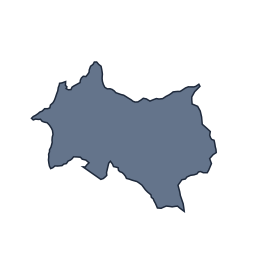 Princesa Isabel, Paraíba, Brazil, rotated 296°
{"feature_id": "56859067B23626144557012", "entity_name": "Princesa Isabel", "entity_type": "district", "adm_level": 2, "iso_a3": "BRA", "parent_name": "Brazil", "parent_adm1": "Paraíba", "projection": "mercator", "projection_center": [-38.007, -7.646], "detail": "fine", "context": "isolated", "style": "filled", "palette": "slate", "viewbox_px": 256, "rotation_deg": 296, "n_neighbors": 0, "source": "geoboundaries", "source_scale": "gbopen_adm2", "svg_char_len": 2475}
<svg xmlns="http://www.w3.org/2000/svg" viewBox="0 0 256 256"><g transform="rotate(296 128 128)"><path d="M94.4,37.0L93.7,39.3L95.5,41.0L96.4,43.7L97.5,45.5L96.4,47.8L96.6,50.1L97.3,53.1L96.1,56.2L94.3,59.2L92.7,61.2L89.4,63.4L86.6,63.9L83.8,65.0L81.8,66.2L77.2,67.1L74.0,67.0L72.1,67.9L69.7,68.1L67.4,69.4L64.4,70.5L61.8,72.2L59.4,74.0L57.6,76.3L59.3,77.8L61.9,79.0L63.0,81.5L65.3,85.2L67.4,86.1L69.0,88.2L72.1,88.7L73.9,90.3L75.9,91.2L78.2,91.7L79.5,94.5L80.9,98.1L79.9,100.5L80.7,104.2L79.6,108.2L76.6,107.1L74.3,106.7L73.3,104.6L69.9,126.1L71.8,128.0L73.8,128.9L76.1,129.7L78.6,128.2L87.9,126.1L90.4,126.7L88.9,129.7L87.0,131.9L87.5,134.0L88.0,136.5L85.8,138.0L85.2,139.8L85.4,142.3L84.7,144.5L83.5,146.9L82.0,148.7L82.6,151.7L82.9,154.5L83.8,159.6L83.4,162.5L82.8,165.5L80.1,170.7L79.0,173.8L78.0,177.9L75.9,179.4L75.5,181.6L73.8,183.5L72.5,185.4L71.0,187.2L69.0,189.5L70.4,193.0L72.1,194.4L74.6,196.6L75.7,199.7L76.5,202.3L78.2,204.7L79.5,206.8L78.7,209.7L77.7,215.1L80.9,213.0L84.1,210.8L90.2,204.7L93.5,202.3L98.5,198.0L105.1,199.1L107.3,201.9L109.9,202.5L112.9,205.0L114.8,207.8L117.0,210.1L119.4,210.6L120.7,212.4L120.8,215.3L122.5,218.8L125.4,219.0L132.6,218.6L136.3,214.8L141.4,216.2L144.6,218.1L147.4,216.4L149.2,214.8L151.5,213.2L153.1,212.0L154.7,210.7L154.4,208.2L155.4,206.5L157.3,204.6L160.9,203.5L162.1,199.6L162.8,197.2L163.9,193.1L170.2,189.3L174.9,185.5L178.0,181.1L177.7,175.1L181.2,173.0L183.9,171.7L189.8,172.0L197.0,174.4L198.4,172.5L195.2,170.7L193.8,169.2L191.4,164.1L189.2,162.1L185.8,160.1L183.7,158.8L182.6,156.5L181.5,154.7L180.2,152.7L178.4,151.9L176.1,150.6L172.9,148.2L169.6,146.3L167.6,143.1L166.9,140.6L164.5,138.3L161.8,135.9L162.2,131.7L161.4,128.7L158.8,127.4L155.8,125.5L154.4,123.0L154.2,120.6L154.7,118.6L155.1,114.5L155.4,111.9L155.6,109.7L155.0,106.9L154.7,104.2L154.4,101.6L155.3,99.3L155.7,96.9L155.4,94.7L154.1,92.1L154.4,89.3L156.4,86.7L158.8,84.5L161.2,83.0L163.1,82.2L165.2,81.4L167.6,79.8L169.4,78.5L171.7,76.7L172.3,73.8L173.6,70.9L172.5,68.8L169.8,68.7L167.1,67.3L163.3,67.7L160.9,68.6L158.2,68.2L155.8,67.6L154.9,65.1L152.5,64.2L150.2,64.2L147.8,65.0L144.7,62.8L142.2,61.0L140.2,59.8L137.5,59.9L136.2,57.6L136.3,55.1L138.2,55.1L138.9,53.1L142.4,51.6L139.6,48.9L138.2,46.9L136.3,47.4L133.8,47.6L130.6,48.6L127.5,48.9L123.0,49.5L120.5,49.7L117.9,49.5L114.6,48.2L111.8,48.9L110.2,47.4L108.8,44.6L105.6,43.5L103.6,41.7L101.4,40.8L98.6,39.2L96.8,37.8L94.4,37.0Z" fill="#64748b" stroke="#1e293b" stroke-width="1.5"/></g></svg>